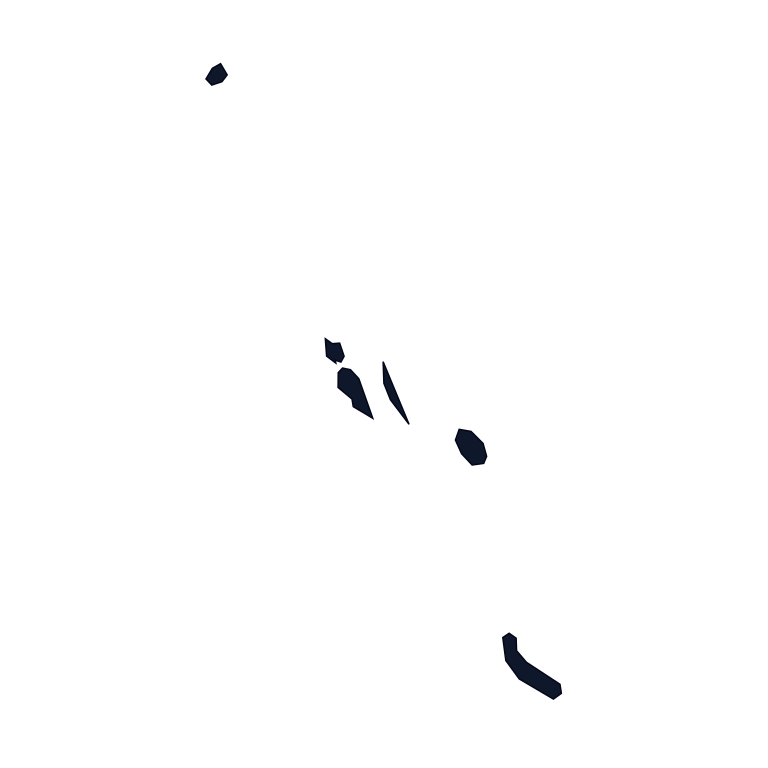 the border of Azores, rotated 42°
{"feature_id": "PRT-735", "entity_name": "Azores", "entity_type": "Autonomous region", "adm_level": 1, "iso_a3": "PRT", "parent_name": "Portugal", "parent_adm1": "", "projection": "albers", "projection_center": [-27.949, 38.331], "detail": "coarse", "context": "isolated", "style": "filled", "palette": "ink", "viewbox_px": 768, "rotation_deg": 42, "n_neighbors": 0, "source": "natural_earth", "source_scale": "10m", "svg_char_len": 768}
<svg xmlns="http://www.w3.org/2000/svg" viewBox="0 0 768 768"><g transform="rotate(42 384 384)"><path d="M715.7,489.4L722.8,495.2L720.7,504.8L681.9,512.7L659.6,508.0L641.9,492.9L643.8,485.5L652.3,484.5L661.0,493.5L676.1,495.5L715.7,489.4ZM361.7,396.9L398.6,417.0L376.3,421.4L370.3,416.6L352.2,417.3L342.4,406.2L342.5,399.9L349.5,395.8L361.7,396.9ZM511.2,376.3L503.7,385.2L488.3,383.9L474.6,377.9L470.2,367.4L480.4,361.0L497.4,361.9L508.7,369.1L511.2,376.3ZM368.4,368.0L429.6,397.2L399.3,391.4L383.5,383.6L368.4,368.0ZM48.2,255.3L60.6,259.2L61.3,267.7L56.0,277.1L47.6,276.4L45.2,264.3L48.2,255.3ZM335.8,390.1L337.3,396.5L331.9,398.9L334.2,400.7L322.7,401.7L310.1,389.6L318.5,388.7L323.7,383.3L335.8,390.1Z" fill="#0f172a" stroke="#020617" stroke-width="1.5"/></g></svg>